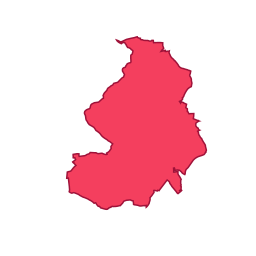 Sarmasu, Mures, Romania (Mercator projection), rotated 330°
{"feature_id": "2599482B42966946124172", "entity_name": "Sarmasu", "entity_type": "district", "adm_level": 2, "iso_a3": "ROU", "parent_name": "Romania", "parent_adm1": "Mures", "projection": "mercator", "projection_center": [24.153, 46.751], "detail": "fine", "context": "isolated", "style": "filled", "palette": "rose", "viewbox_px": 256, "rotation_deg": 330, "n_neighbors": 0, "source": "geoboundaries", "source_scale": "gbopen_adm2", "svg_char_len": 5818}
<svg xmlns="http://www.w3.org/2000/svg" viewBox="0 0 256 256"><g transform="rotate(330 128 128)"><path d="M183.4,187.8L183.6,187.5L184.8,186.4L186.0,182.3L186.4,181.6L186.4,179.5L186.3,178.2L186.3,175.4L186.5,174.1L186.5,173.7L186.1,172.8L186.0,172.3L186.1,171.0L186.0,169.5L186.1,169.0L186.3,168.0L186.8,167.0L186.7,165.6L188.8,165.7L188.6,165.5L188.6,165.1L188.5,164.9L188.4,164.2L188.6,163.6L188.6,163.0L188.5,162.7L188.2,162.5L188.0,161.9L187.9,161.3L187.9,160.9L187.8,160.5L187.8,160.1L188.7,158.4L189.2,157.8L190.6,157.5L191.4,157.5L192.4,157.4L192.8,157.5L192.6,157.3L192.6,157.1L192.8,156.9L192.5,156.5L192.2,156.5L189.2,152.6L190.8,150.6L192.2,148.4L189.5,146.9L187.9,146.2L188.0,142.9L187.9,142.9L188.9,141.2L189.0,141.0L188.2,139.3L190.6,136.7L188.9,134.3L188.7,134.0L188.7,133.7L187.7,132.5L187.4,132.5L187.5,132.3L187.4,132.2L186.9,132.1L186.2,132.3L186.0,132.5L185.9,130.7L187.2,130.9L188.2,130.9L189.6,130.4L190.0,129.9L190.1,129.1L190.9,129.0L192.1,128.4L193.1,127.5L195.2,126.1L197.3,124.9L199.3,124.0L201.2,123.7L202.4,123.7L203.5,123.8L205.8,121.1L206.5,118.8L207.3,117.3L207.6,115.6L207.5,114.0L207.8,113.2L208.2,112.6L209.0,112.2L209.8,111.2L210.8,110.1L210.2,109.2L210.0,108.9L209.7,108.9L208.5,107.2L206.6,105.3L205.5,104.0L204.9,103.6L204.2,102.8L203.6,101.9L203.2,100.9L202.9,99.7L203.0,98.6L202.8,96.5L202.6,95.2L202.4,94.2L202.3,93.3L201.8,92.8L201.9,92.1L201.6,90.8L201.2,90.0L200.7,87.4L200.9,86.4L201.1,83.8L201.3,83.1L202.3,81.9L201.6,81.8L200.2,81.0L199.3,80.9L198.9,80.6L198.5,80.3L199.0,79.7L199.1,79.4L197.9,78.9L197.8,79.1L194.9,78.2L196.6,77.4L197.2,77.3L197.7,77.1L198.2,77.1L198.8,76.8L199.0,75.4L199.4,73.7L199.9,73.0L200.0,72.7L200.7,71.6L198.9,70.3L196.5,68.9L192.8,66.9L193.7,64.8L193.1,64.4L193.1,64.5L192.6,64.3L191.3,64.1L190.5,63.8L190.2,63.6L189.0,62.2L186.1,60.4L185.4,59.9L184.5,58.7L183.5,58.1L183.1,57.4L183.6,56.5L182.7,55.9L181.9,54.9L181.4,54.1L181.6,53.7L180.9,53.4L178.6,52.9L175.4,51.8L171.0,50.5L170.0,50.4L166.1,50.1L164.8,49.8L164.5,49.6L163.2,47.5L162.1,46.2L162.1,47.0L162.5,48.4L163.3,50.1L164.0,50.8L164.3,51.6L164.6,51.7L165.1,51.5L166.1,51.4L166.8,51.7L167.2,52.0L167.8,52.3L167.9,52.9L167.8,53.6L168.1,55.0L167.8,55.9L168.0,57.1L167.9,58.0L168.9,58.9L169.6,60.0L169.9,60.5L170.0,61.7L170.8,63.2L170.8,63.7L170.7,63.9L168.6,66.1L167.3,66.2L166.6,66.7L165.1,69.3L164.5,70.6L164.2,71.1L164.0,71.7L163.7,72.0L163.1,72.6L162.7,72.6L160.9,72.1L159.4,72.0L158.7,72.5L157.4,73.0L156.2,74.0L154.5,73.7L154.4,73.8L153.4,73.8L153.0,74.0L152.4,74.6L151.7,75.9L151.7,76.4L151.7,78.7L151.6,80.1L151.4,80.3L150.5,80.8L149.9,81.5L149.6,81.7L148.4,81.6L147.6,81.7L141.9,83.3L138.0,82.2L136.3,83.1L134.1,83.0L132.8,83.3L130.8,83.4L129.8,83.8L128.5,84.8L125.2,85.8L124.1,86.4L122.6,87.5L122.5,88.3L122.3,88.7L121.5,90.0L121.1,89.9L120.1,89.9L115.5,90.9L111.5,89.3L108.5,89.1L107.5,89.4L106.3,90.4L105.7,91.2L104.7,91.9L104.2,92.0L103.0,91.7L101.4,91.5L100.4,91.6L98.9,92.0L98.0,92.9L97.5,93.9L97.5,94.2L97.4,95.3L97.3,96.1L96.0,99.3L95.8,100.4L95.8,100.8L96.0,102.1L95.8,103.2L95.9,104.0L96.1,105.2L96.1,105.6L97.0,107.2L97.4,107.8L98.8,110.4L99.0,112.3L99.0,113.9L99.2,114.5L99.7,115.4L100.7,117.8L101.0,118.9L101.3,121.6L101.9,123.5L102.8,125.5L104.0,127.7L104.5,129.3L105.4,130.6L106.8,134.1L104.0,135.5L103.5,136.4L103.4,137.1L103.2,137.3L100.6,138.6L99.6,138.9L98.0,139.1L97.0,139.0L96.7,140.3L96.2,140.2L95.3,139.7L94.0,138.4L93.0,137.0L92.4,136.6L90.0,135.6L89.2,135.2L88.4,134.3L87.9,133.4L87.1,133.0L83.3,130.5L83.0,130.3L82.7,130.5L81.4,130.9L79.3,130.4L77.8,130.5L76.8,130.4L71.5,128.2L71.6,127.6L72.6,125.8L70.9,124.8L67.3,123.4L66.9,124.0L66.2,125.6L65.9,125.8L65.9,126.0L65.7,126.5L67.1,127.2L67.0,127.5L66.9,128.0L67.0,129.0L66.8,129.2L65.8,129.4L63.1,129.7L63.1,130.0L63.5,130.1L63.7,130.8L63.3,130.8L63.7,132.1L64.2,134.4L62.4,134.7L60.3,135.4L58.1,136.3L56.8,136.7L56.3,136.6L55.2,136.2L53.4,135.8L49.8,140.9L51.3,141.6L48.0,149.2L46.5,152.3L46.3,152.6L45.2,153.8L45.7,155.0L46.5,156.1L47.0,156.4L48.4,156.7L49.3,157.4L50.0,158.3L51.9,160.7L52.6,162.3L54.6,165.5L55.5,166.4L57.1,168.5L57.9,169.6L58.7,171.2L59.2,171.8L60.2,173.7L60.7,175.0L61.0,176.2L62.6,176.6L62.7,177.3L62.6,178.3L63.0,180.8L63.1,181.0L63.9,181.4L64.1,181.7L64.4,183.5L67.1,186.3L68.2,187.3L68.8,187.7L69.5,188.0L70.2,187.8L70.9,188.0L71.7,187.6L73.1,187.9L73.4,188.1L74.0,187.8L74.5,188.0L75.1,187.9L75.9,188.6L78.4,189.9L80.0,190.5L82.4,191.2L82.6,191.4L84.5,190.7L85.3,190.6L86.3,190.1L87.2,189.6L88.1,189.3L90.8,189.9L91.8,190.4L93.8,191.3L94.3,191.7L94.6,192.4L94.9,192.7L96.0,193.6L95.2,195.8L94.6,197.0L95.3,197.8L96.5,198.7L98.0,200.0L99.0,201.2L99.5,201.6L100.4,202.1L101.9,202.7L102.0,202.7L103.0,203.2L103.2,203.4L103.5,203.4L103.7,203.7L105.0,204.1L104.2,205.7L105.2,205.5L106.7,204.9L108.0,204.2L108.9,203.6L109.4,202.9L110.6,201.9L111.7,200.5L112.1,199.4L114.7,198.5L118.3,196.8L119.1,195.0L119.7,195.2L121.9,197.2L122.6,196.8L123.6,197.8L124.1,197.5L135.9,192.6L136.8,194.8L136.9,195.4L136.6,196.7L136.6,197.3L136.8,199.4L136.8,200.6L137.9,207.0L138.0,208.3L138.1,209.0L138.5,209.8L141.8,209.3L141.4,208.0L142.1,207.9L142.3,209.1L143.3,208.9L143.2,207.7L143.6,207.1L144.4,205.9L144.8,205.2L144.6,204.4L145.2,204.2L145.3,203.9L145.5,203.8L145.7,203.5L145.8,202.6L146.1,201.9L146.8,201.0L147.0,200.4L147.4,199.8L148.2,199.3L148.3,198.9L148.4,198.3L148.4,195.6L148.2,194.1L148.3,193.2L148.4,192.5L149.5,190.7L147.4,189.8L146.1,189.4L145.5,189.0L146.2,187.9L147.4,185.5L148.2,185.8L147.9,187.1L147.4,188.1L148.5,188.6L149.6,188.9L151.2,190.1L151.6,190.7L151.9,191.6L152.2,192.3L152.5,194.3L152.7,194.7L153.2,195.6L153.9,196.7L154.5,196.3L155.9,194.4L157.1,193.3L157.8,192.9L159.5,192.5L160.5,192.2L168.6,188.4L170.9,187.9L172.8,187.8L174.6,187.9L178.3,188.7L180.5,189.0L181.8,188.6L183.2,187.6L183.4,187.8Z" fill="#f43f5e" stroke="#9f1239" stroke-width="1.5"/></g></svg>